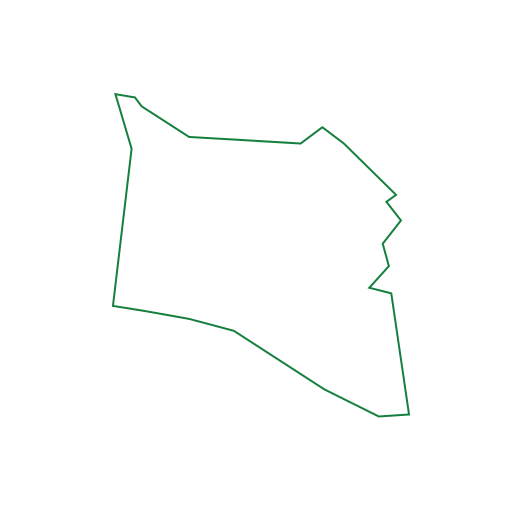 outline of Mirzachul, Jizzakh, Uzbekistan, rotated 165°
{"feature_id": "79887680B4064718832090", "entity_name": "Mirzachul", "entity_type": "district", "adm_level": 2, "iso_a3": "UZB", "parent_name": "Uzbekistan", "parent_adm1": "Jizzakh", "projection": "albers", "projection_center": [68.032, 40.685], "detail": "fine", "context": "isolated", "style": "outline", "palette": "green", "viewbox_px": 512, "rotation_deg": 165, "n_neighbors": 0, "source": "geoboundaries", "source_scale": "gbopen_adm2", "svg_char_len": 451}
<svg xmlns="http://www.w3.org/2000/svg" viewBox="0 0 512 512"><g transform="rotate(165 256 256)"><path d="M104.9,278.8L142.0,341.9L158.6,363.2L183.8,353.1L289.8,388.3L327.7,430.1L331.9,440.5L349.9,448.7L348.4,391.8L407.1,244.8L376.9,231.3L336.8,212.5L296.8,189.5L224.6,109.6L201.9,89.5L178.9,69.2L149.2,63.3L135.0,184.9L154.8,196.0L130.3,211.8L130.4,235.1L106.8,252.8L116.0,274.6L104.9,278.8Z" fill="none" stroke="#15803d" stroke-width="2"/></g></svg>